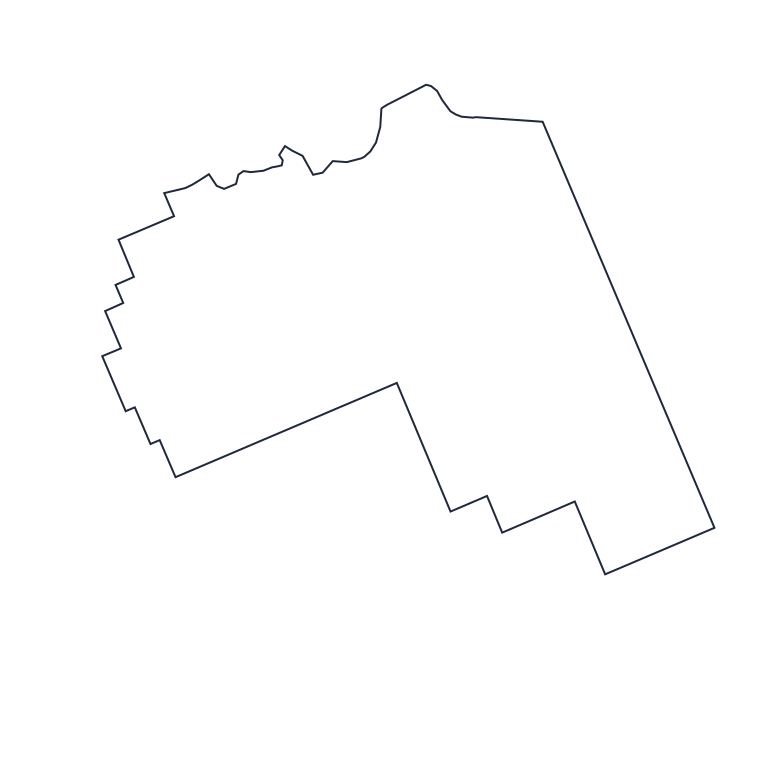 outline of Payette, Idaho, United States of America, rotated 67°
{"feature_id": "52423323B59144379329790", "entity_name": "Payette", "entity_type": "district", "adm_level": 2, "iso_a3": "USA", "parent_name": "United States of America", "parent_adm1": "Idaho", "projection": "albers", "projection_center": [-116.889, 43.973], "detail": "fine", "context": "isolated", "style": "outline", "palette": "slate", "viewbox_px": 768, "rotation_deg": 67, "n_neighbors": 0, "source": "geoboundaries", "source_scale": "gbopen_adm2", "svg_char_len": 921}
<svg xmlns="http://www.w3.org/2000/svg" viewBox="0 0 768 768"><g transform="rotate(67 384 384)"><path d="M122.4,511.7L147.5,511.7L147.4,572.0L187.7,572.4L187.9,592.4L207.5,592.4L207.9,612.2L248.4,612.2L248.3,632.5L308.1,632.4L308.1,622.5L348.0,622.4L348.0,612.4L388.3,612.3L388.0,371.8L527.4,372.6L527.3,332.9L567.0,333.3L566.7,254.3L645.6,254.8L645.5,136.0L204.6,135.5L174.3,195.1L173.6,198.0L168.3,208.1L164.2,212.4L158.9,216.3L145.2,219.5L135.1,220.6L128.1,224.3L125.0,228.3L128.2,272.1L129.1,278.0L129.7,278.9L145.9,287.0L158.6,297.0L164.6,305.7L167.2,313.4L167.4,316.9L165.2,331.6L158.8,344.1L165.5,357.9L163.7,367.5L142.2,369.8L133.4,377.3L126.3,382.2L132.3,391.0L138.5,389.8L142.8,392.7L142.2,396.2L140.8,402.6L140.6,411.6L136.9,423.9L133.1,430.1L134.4,436.2L142.0,442.0L141.9,455.0L136.2,460.6L122.5,463.2L124.7,476.3L125.6,482.5L126.0,490.4L122.4,511.7Z" fill="none" stroke="#1e293b" stroke-width="2"/></g></svg>